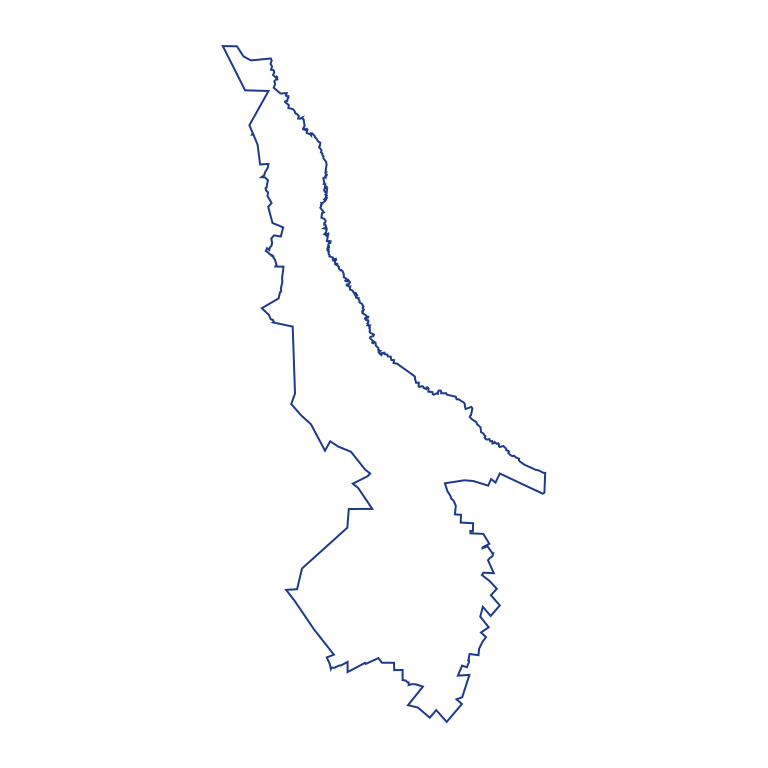 Ojinaga, Chihuahua, Mexico
{"feature_id": "50627088B59810365960374", "entity_name": "Ojinaga", "entity_type": "district", "adm_level": 2, "iso_a3": "MEX", "parent_name": "Mexico", "parent_adm1": "Chihuahua", "projection": "mercator", "projection_center": [-104.612, 29.546], "detail": "fine", "context": "isolated", "style": "outline", "palette": "blue", "viewbox_px": 768, "rotation_deg": 0, "n_neighbors": 0, "source": "geoboundaries", "source_scale": "gbopen_adm2", "svg_char_len": 6096}
<svg xmlns="http://www.w3.org/2000/svg" viewBox="0 0 768 768"><path d="M222.8,46.1L245.1,90.3L268.5,91.0L249.4,125.2L252.7,133.0L252.0,134.6L253.3,134.3L257.6,144.8L260.1,164.5L268.4,163.9L267.7,167.9L265.1,172.2L264.2,175.2L261.5,177.2L264.8,177.3L268.4,180.7L267.8,180.5L266.5,187.6L265.5,188.3L266.1,190.6L268.1,192.3L267.5,196.0L271.6,203.0L268.2,206.8L272.5,223.0L283.2,227.4L280.8,236.5L274.1,235.4L273.1,236.4L271.3,238.5L272.1,242.7L271.6,245.5L269.8,247.7L269.3,250.0L267.1,248.2L265.8,251.0L268.7,252.9L269.6,254.3L271.8,255.0L271.6,255.8L273.4,256.3L273.3,257.5L274.9,259.6L276.5,264.6L275.4,266.5L283.5,266.7L282.1,278.3L282.3,282.2L280.9,288.3L281.2,290.4L280.7,292.0L280.0,292.2L278.6,298.4L261.8,308.2L268.8,314.8L270.8,319.3L272.9,319.8L273.7,321.5L272.8,322.4L292.7,326.6L295.0,393.5L291.3,404.1L301.2,415.4L311.0,424.3L325.0,450.7L330.2,441.3L338.1,446.5L351.0,451.8L365.3,469.8L370.2,473.5L367.8,476.1L352.8,483.7L358.1,487.9L372.3,508.9L348.8,509.0L347.3,527.7L302.0,568.5L297.1,589.2L286.1,589.9L294.4,600.5L313.8,629.1L333.9,654.7L326.8,657.4L329.8,664.1L330.9,669.0L331.5,667.6L334.3,667.8L339.5,665.4L340.9,665.5L347.6,661.9L347.6,672.1L365.1,662.8L365.8,663.9L378.4,658.1L381.8,662.7L394.0,662.8L394.2,670.1L402.6,670.0L402.6,680.0L405.8,680.6L407.1,682.0L408.7,682.5L408.6,685.1L412.1,684.1L415.7,684.3L422.9,686.6L408.0,705.2L417.8,707.5L429.8,717.7L436.2,710.1L446.7,721.9L461.9,704.0L456.5,699.3L462.2,697.2L469.4,674.9L457.9,675.6L462.1,665.6L466.8,667.3L469.1,661.8L469.0,660.2L468.3,660.2L469.6,654.0L478.5,655.2L479.1,648.7L482.6,641.6L486.0,637.1L481.0,632.5L488.7,627.3L480.3,616.7L482.8,606.8L490.7,616.0L499.8,605.4L490.9,595.2L496.8,588.8L489.8,581.2L481.9,575.0L483.4,572.7L493.8,573.2L488.0,560.2L489.8,558.0L492.4,556.3L493.3,553.3L492.5,553.3L487.5,546.3L482.5,548.2L482.5,547.4L489.4,543.8L483.3,533.9L470.4,533.3L470.3,531.0L472.9,531.2L473.1,523.2L460.7,522.6L461.0,514.8L454.9,514.4L455.8,505.9L453.7,500.8L451.1,498.4L450.7,496.4L447.4,491.1L444.9,483.3L464.4,480.3L473.2,481.0L488.2,485.6L491.1,479.1L495.5,482.6L499.8,473.5L542.7,493.7L544.4,492.7L545.2,472.9L543.5,472.9L538.8,470.4L535.7,469.8L524.6,464.8L519.6,461.3L519.0,460.5L519.1,458.8L515.6,457.2L513.9,455.6L512.6,456.2L510.8,455.4L508.3,453.0L508.9,451.7L508.4,450.9L506.2,450.2L506.1,448.6L503.3,446.0L499.7,447.0L498.9,446.3L498.9,444.1L498.3,443.3L496.7,443.8L494.6,442.0L494.1,443.1L492.5,443.5L492.1,441.0L490.2,441.3L489.4,439.1L486.6,439.6L485.6,439.0L484.7,437.7L485.4,436.7L485.0,435.7L483.0,433.2L481.1,432.2L480.5,427.2L477.1,424.3L476.5,422.2L472.1,419.4L469.8,417.0L469.8,416.2L471.0,415.1L472.4,408.4L471.2,406.9L465.7,409.0L464.8,406.1L464.9,404.1L463.9,402.6L458.6,399.3L456.7,399.3L455.7,396.7L447.0,394.7L446.1,393.2L441.2,393.3L441.2,391.6L440.5,390.5L438.9,390.5L438.1,391.5L437.9,393.8L436.6,393.4L433.8,394.7L432.9,394.3L432.4,392.1L428.3,391.6L428.6,388.7L427.4,387.2L426.7,387.4L426.2,389.0L423.7,388.0L423.4,386.9L422.2,386.1L420.1,386.9L418.6,386.5L418.8,382.7L416.1,382.8L414.8,377.9L415.1,377.0L414.3,376.0L396.8,363.5L393.6,363.1L394.0,360.1L391.4,360.0L390.7,356.6L387.8,356.4L387.3,354.6L384.6,354.1L384.5,352.7L381.6,353.2L381.8,354.4L381.3,355.1L379.5,353.4L378.6,352.1L380.4,350.9L378.2,349.9L378.4,348.1L375.8,345.6L375.5,342.6L374.0,341.6L373.2,342.2L373.2,343.1L372.4,342.9L372.6,340.7L370.0,338.1L370.5,336.9L373.4,336.0L374.0,334.7L370.3,332.8L369.5,331.7L370.1,330.0L369.3,328.2L369.9,327.4L369.0,326.2L369.7,325.5L367.5,325.3L368.3,324.3L367.4,323.2L368.4,321.8L368.3,320.4L366.3,320.1L366.4,319.0L365.0,318.7L365.3,318.0L368.0,317.6L368.3,316.8L366.6,316.5L365.9,315.3L362.2,312.9L362.2,311.4L362.9,311.4L363.1,310.3L363.9,309.7L362.6,308.0L363.5,306.7L361.9,303.8L359.4,302.3L359.6,300.6L358.3,298.9L358.6,298.1L356.0,297.6L355.8,296.5L357.2,295.4L355.6,292.8L354.8,292.9L355.4,293.3L354.8,294.4L352.6,290.6L349.9,289.5L350.3,286.4L349.2,286.6L346.7,285.3L346.8,284.5L348.9,284.1L350.0,282.3L348.1,279.8L346.9,280.8L347.1,281.3L345.7,281.2L345.3,280.8L346.2,279.9L346.3,278.7L343.8,277.3L343.8,274.3L342.8,271.5L341.3,270.0L340.4,270.3L338.9,268.6L338.7,266.7L337.0,265.1L337.4,264.0L336.7,263.7L335.9,264.7L335.2,264.3L334.9,260.6L336.1,260.0L335.9,258.8L333.8,259.1L333.8,260.5L332.9,260.4L332.9,257.6L329.4,256.3L329.6,255.3L328.5,253.4L328.9,251.6L327.6,250.7L327.5,249.8L328.4,250.2L328.7,249.5L327.6,248.5L327.9,246.8L329.0,247.1L328.3,244.4L329.3,243.2L329.0,242.7L330.3,242.9L330.5,241.2L326.9,241.0L327.8,236.5L326.8,235.9L328.4,234.6L328.2,233.6L325.9,234.9L324.3,234.2L325.9,232.5L326.8,229.1L323.9,228.3L326.3,227.0L325.4,224.7L324.2,224.7L324.3,223.0L325.6,221.8L325.5,220.4L324.3,218.9L321.4,217.7L322.1,213.1L323.9,212.3L320.3,207.8L321.1,206.3L320.9,205.1L321.7,204.6L321.2,203.0L323.2,202.7L325.2,200.8L324.4,199.7L325.9,199.7L326.4,198.7L325.4,199.1L325.2,198.3L326.9,195.5L326.2,194.9L325.9,195.6L325.4,194.4L326.5,193.5L326.9,190.6L325.7,192.1L324.7,191.7L324.1,189.8L325.1,187.3L325.4,188.2L326.2,188.4L326.8,187.2L326.6,186.6L325.0,186.4L325.3,184.2L323.8,183.9L324.3,182.9L323.4,178.1L324.6,177.7L325.1,176.7L325.6,177.1L325.5,176.0L326.5,175.7L326.8,174.7L325.9,174.4L325.4,173.0L326.4,172.0L325.6,171.1L326.6,164.6L326.2,162.1L323.3,158.1L323.5,156.2L322.5,155.5L322.3,153.5L320.9,152.3L321.6,150.5L319.0,146.9L320.0,145.5L320.3,142.7L318.1,141.4L316.6,138.7L314.9,137.2L315.0,136.4L312.2,133.4L311.0,133.3L311.1,135.3L310.1,134.1L307.0,133.2L306.5,132.5L307.7,128.8L306.8,129.8L306.6,129.0L305.7,129.6L304.8,128.8L304.7,129.8L303.8,129.5L304.0,128.8L303.1,128.7L304.6,125.8L303.6,119.3L301.9,118.4L302.4,117.5L300.1,118.7L298.2,118.5L298.8,116.1L296.9,113.9L295.5,113.5L294.3,110.5L292.5,108.9L288.4,108.1L288.8,105.1L285.0,102.0L285.2,101.3L287.3,100.9L287.6,98.6L288.4,97.9L288.3,96.1L286.8,96.3L285.9,95.6L286.7,93.1L280.4,93.5L273.7,87.7L275.2,84.1L274.3,81.3L276.2,79.4L277.2,79.4L277.2,77.0L276.7,76.6L275.9,77.6L273.0,74.9L274.1,72.7L274.0,71.0L273.4,70.1L271.0,69.7L272.1,66.6L270.5,63.8L271.7,60.7L270.8,58.5L250.9,60.4L243.5,56.4L236.9,46.3L222.8,46.1Z" fill="none" stroke="#1e3a8a" stroke-width="2"/></svg>